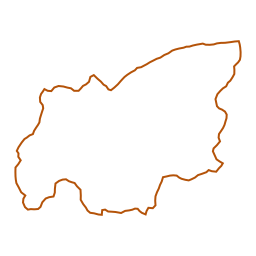 outline of Itatiaiuçu, Minas Gerais, Brazil
{"feature_id": "56859067B98169129353112", "entity_name": "Itatiaiuçu", "entity_type": "district", "adm_level": 2, "iso_a3": "BRA", "parent_name": "Brazil", "parent_adm1": "Minas Gerais", "projection": "mercator", "projection_center": [-44.452, -20.206], "detail": "fine", "context": "isolated", "style": "outline", "palette": "amber", "viewbox_px": 256, "rotation_deg": 0, "n_neighbors": 0, "source": "geoboundaries", "source_scale": "gbopen_adm2", "svg_char_len": 2438}
<svg xmlns="http://www.w3.org/2000/svg" viewBox="0 0 256 256"><path d="M238.8,41.2L234.7,41.5L230.7,42.1L225.0,42.8L220.8,42.9L216.9,43.4L213.8,44.4L209.8,44.8L205.7,44.7L202.8,43.6L200.0,44.1L197.0,44.6L192.9,45.5L189.4,46.6L186.3,46.7L183.6,47.7L179.2,48.5L175.3,49.5L172.2,50.6L168.4,53.3L164.3,55.0L160.4,57.6L156.7,58.8L153.4,60.5L149.8,62.3L146.8,64.2L144.1,65.6L141.1,67.2L137.1,67.9L134.9,70.3L131.1,72.3L127.3,74.8L124.5,77.0L122.5,79.1L120.5,81.3L117.9,84.3L114.3,87.6L111.0,90.2L108.4,89.4L106.2,86.1L103.6,84.7L100.9,81.6L97.5,78.7L93.8,75.1L90.4,76.9L89.0,81.8L86.0,84.4L83.0,85.9L80.7,88.6L78.6,90.8L74.1,90.8L71.0,88.3L67.4,87.6L63.4,86.5L58.6,86.0L54.3,87.5L51.3,91.1L47.7,90.8L44.4,89.1L42.8,91.6L41.1,93.9L39.9,97.5L40.2,101.9L42.7,105.1L43.2,108.3L41.9,112.2L40.8,115.7L39.9,118.7L39.4,122.4L38.0,124.9L36.0,127.8L34.1,130.8L32.9,134.1L29.6,135.4L26.8,137.6L24.5,139.0L21.7,142.5L18.5,147.3L16.8,150.9L18.5,153.4L18.3,156.8L20.7,160.3L18.3,164.1L15.5,167.5L15.4,172.0L15.5,176.3L15.8,179.6L16.4,183.1L18.9,187.7L21.2,192.3L25.3,195.5L23.4,198.7L23.0,202.5L25.0,207.1L27.9,209.6L30.7,209.1L34.4,209.3L38.1,209.0L40.5,206.9L42.3,202.3L45.7,198.5L49.1,197.2L53.5,196.5L54.8,192.6L54.9,188.8L55.5,183.5L59.1,180.9L62.6,179.6L66.0,179.3L68.9,181.2L71.7,182.2L74.6,183.0L77.0,186.3L80.5,189.8L80.8,195.5L80.7,199.8L83.2,204.1L85.9,207.6L87.5,210.5L90.2,212.8L94.0,213.3L98.5,214.5L101.8,214.8L102.2,210.1L105.1,209.6L108.1,211.5L111.6,211.7L115.5,212.0L121.1,213.0L125.1,210.9L129.1,210.4L132.3,209.7L135.0,208.6L137.7,208.8L139.5,211.0L141.8,212.8L145.6,214.4L146.5,211.2L148.4,207.8L152.8,208.2L155.5,205.3L155.2,200.7L155.5,196.3L157.0,192.2L158.8,188.5L160.0,185.0L161.7,181.5L163.0,177.2L166.8,176.4L170.0,175.6L173.4,175.3L176.7,175.6L179.2,177.6L181.6,178.8L185.3,179.8L188.7,180.4L191.4,179.3L194.9,177.6L198.0,175.1L202.0,173.8L206.4,172.2L208.6,170.1L211.8,171.2L216.2,171.7L218.9,168.3L221.3,165.9L222.8,163.3L219.7,161.5L216.5,159.3L214.3,154.4L212.9,151.3L213.6,148.4L216.9,145.2L220.0,141.4L218.6,137.7L219.0,134.0L221.0,131.1L223.1,127.9L224.5,124.9L225.5,121.4L226.5,118.2L226.7,114.6L225.0,111.6L222.0,109.6L219.1,108.4L217.0,106.2L216.3,103.0L215.5,99.1L217.4,94.2L220.4,90.8L223.0,88.3L226.2,86.3L227.9,82.7L230.3,80.7L232.5,77.3L234.3,74.0L234.4,69.9L234.1,66.4L236.1,64.3L238.1,62.4L239.9,59.8L240.5,56.4L240.6,52.1L240.2,47.5L239.7,44.4L238.8,41.2Z" fill="none" stroke="#b45309" stroke-width="2"/></svg>